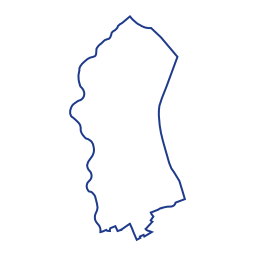 outline of Moerdijk, Noord-Brabant, Netherlands, rotated 91°
{"feature_id": "6326949B29665837615412", "entity_name": "Moerdijk", "entity_type": "district", "adm_level": 2, "iso_a3": "NLD", "parent_name": "Netherlands", "parent_adm1": "Noord-Brabant", "projection": "mercator", "projection_center": [4.556, 51.663], "detail": "fine", "context": "isolated", "style": "outline", "palette": "blue", "viewbox_px": 256, "rotation_deg": 91, "n_neighbors": 0, "source": "geoboundaries", "source_scale": "gbopen_adm2", "svg_char_len": 5569}
<svg xmlns="http://www.w3.org/2000/svg" viewBox="0 0 256 256"><g transform="rotate(91 128 128)"><path d="M192.7,71.6L180.1,75.7L171.9,80.9L167.5,84.0L162.3,86.2L150.2,89.9L140.2,92.9L132.2,95.0L124.5,96.4L114.6,97.4L109.6,97.4L105.3,97.0L97.8,94.7L85.5,90.1L56.0,79.8L36.8,96.6L27.7,106.6L27.7,108.0L27.7,109.5L27.5,110.9L27.3,112.3L26.9,113.6L26.4,114.9L25.8,116.2L25.1,117.4L24.5,118.6L23.8,119.9L23.0,121.1L20.3,124.3L19.4,125.3L18.4,126.3L17.4,127.1L16.4,128.0L23.2,135.8L24.4,137.9L24.7,138.2L25.1,138.5L25.4,138.9L25.7,139.4L26.0,139.6L26.5,139.9L27.2,140.1L28.1,140.5L28.5,140.8L28.9,141.2L29.4,141.6L29.7,142.0L30.5,142.8L30.7,143.1L30.8,143.3L31.3,144.2L31.8,144.8L32.4,145.4L33.0,145.9L33.4,146.1L34.5,146.3L35.2,146.4L35.5,146.6L37.6,147.3L38.4,147.9L38.5,148.0L38.8,148.3L38.9,148.5L39.0,148.6L39.2,148.8L39.4,149.7L40.4,152.4L40.8,153.0L41.7,154.0L42.2,154.4L42.4,154.7L43.1,155.3L43.5,155.7L43.7,156.0L44.0,156.2L44.4,156.8L45.3,157.9L46.1,158.7L46.6,159.1L47.1,159.5L47.7,159.9L48.1,160.2L48.6,160.5L49.5,160.9L50.1,160.9L50.6,161.0L51.1,161.0L51.8,161.0L53.1,161.1L54.2,161.1L55.0,161.3L55.5,161.5L55.8,161.6L56.2,161.8L56.6,162.2L56.9,162.6L57.2,163.3L57.8,165.1L57.9,165.6L57.9,165.8L58.2,166.7L58.4,167.2L58.5,167.5L58.8,168.0L59.3,168.9L60.0,170.0L62.4,172.7L63.2,173.6L63.8,174.2L64.1,174.4L64.7,175.1L65.0,175.3L65.5,175.6L66.3,176.2L66.7,176.5L67.3,176.8L68.3,177.3L68.8,177.5L69.2,177.5L70.4,177.7L70.8,177.6L71.8,177.7L73.3,178.0L75.1,178.3L76.1,178.4L77.0,178.4L77.4,178.4L78.9,178.3L80.4,178.2L82.1,177.9L83.0,177.7L83.6,177.5L85.3,177.0L86.2,176.7L86.7,176.6L87.1,176.3L87.5,176.1L87.8,175.8L88.3,175.3L89.0,174.6L89.6,174.1L90.1,173.8L91.1,173.2L91.3,173.2L91.9,172.9L92.5,172.7L93.1,172.5L93.5,172.4L94.2,172.3L94.7,172.3L95.1,172.3L95.6,172.4L96.2,172.5L96.7,172.6L97.4,172.8L98.2,173.3L98.6,173.5L99.3,174.0L99.8,174.6L100.2,174.9L100.6,175.5L100.8,176.0L101.1,176.4L101.3,177.1L101.6,177.9L102.0,178.7L102.1,178.8L102.5,179.4L104.7,182.4L105.2,183.0L106.0,183.7L106.6,184.2L107.0,184.4L107.5,184.7L108.3,185.1L109.0,185.3L110.1,185.7L111.0,185.9L111.6,186.1L114.0,186.1L114.6,186.0L114.9,186.0L115.4,185.8L115.6,185.7L115.9,185.5L116.9,185.2L117.2,185.0L117.4,184.8L117.6,184.6L117.8,184.4L117.9,184.1L118.1,183.8L118.4,183.4L119.0,182.6L119.5,182.0L119.9,181.6L120.6,180.7L122.1,179.1L123.3,177.8L123.7,177.5L124.3,177.0L124.8,176.6L125.5,176.2L125.8,176.1L126.3,175.8L127.1,175.6L127.7,175.5L128.5,175.3L130.4,175.3L131.2,175.2L131.7,175.1L132.7,174.8L133.4,174.5L134.4,174.0L135.2,173.5L135.5,173.2L135.9,173.0L136.6,172.4L137.2,171.8L137.4,171.7L138.0,171.2L138.8,170.3L139.1,170.0L139.2,169.8L139.3,169.7L139.5,168.7L139.8,167.8L140.0,167.4L140.6,166.4L141.4,165.3L141.7,164.8L142.3,164.3L142.6,164.0L143.3,163.6L143.9,163.2L144.4,162.9L145.1,162.7L145.7,162.5L145.8,162.4L146.2,162.3L147.0,162.2L148.8,161.8L149.4,161.7L150.5,161.6L151.4,161.7L152.0,161.7L153.0,161.9L153.8,162.1L154.5,162.3L155.0,162.5L155.4,162.7L156.0,162.9L156.7,163.3L157.3,163.7L159.9,165.5L160.1,165.6L160.5,165.9L161.6,166.6L162.2,167.0L162.8,167.3L163.3,167.5L164.8,167.9L165.2,168.0L165.4,168.1L165.8,168.2L166.1,168.2L166.5,168.2L166.9,168.1L168.3,167.7L168.7,167.6L169.1,167.4L169.9,167.0L170.3,166.8L171.0,166.2L171.7,165.5L172.3,165.0L173.2,164.4L174.2,164.0L175.3,163.7L176.4,163.6L177.3,163.6L178.2,163.8L179.2,164.1L179.9,164.5L180.9,165.2L181.5,165.8L181.9,166.2L182.3,166.5L182.9,167.1L183.6,167.5L184.1,167.7L184.5,167.9L184.8,168.0L185.4,168.1L185.7,168.2L186.7,168.3L187.3,168.3L187.9,168.2L189.4,167.8L189.7,167.6L190.3,167.3L190.7,167.0L191.0,166.9L191.5,166.5L191.7,166.3L192.1,165.9L192.2,165.4L192.5,163.9L192.6,163.6L193.0,163.0L193.1,162.8L193.5,162.4L193.8,162.1L194.0,161.9L195.1,160.9L195.6,160.5L196.1,160.2L196.8,159.8L197.3,159.6L198.0,159.4L199.8,158.9L202.0,158.3L204.7,157.6L205.6,157.5L207.0,157.2L207.9,157.1L208.4,157.1L208.9,157.2L209.7,157.3L210.0,157.3L210.6,157.5L211.3,157.7L211.8,157.9L214.2,158.9L214.7,159.1L215.5,159.3L216.3,159.5L216.9,159.5L217.4,159.6L217.9,159.6L218.4,159.5L218.9,159.5L219.5,159.4L220.0,159.3L220.9,159.0L221.5,158.7L222.2,158.3L223.0,157.8L224.0,157.0L225.1,156.0L225.7,155.5L226.1,155.2L226.8,154.8L227.5,154.5L228.2,154.2L229.1,153.9L230.0,153.8L231.5,153.7L232.1,153.8L232.6,153.8L232.6,153.7L231.8,151.3L230.9,149.4L230.6,148.7L230.5,148.4L230.3,148.0L231.1,147.1L231.2,146.3L231.3,144.3L230.8,144.4L230.5,144.4L229.9,144.3L229.6,144.3L229.1,144.1L228.5,143.9L227.6,141.9L227.5,141.7L227.5,141.4L226.9,140.2L226.4,138.9L230.0,137.2L231.2,136.6L230.0,133.1L230.0,132.9L229.9,132.9L229.6,132.8L229.6,132.7L227.3,129.5L227.0,129.1L226.8,128.8L226.7,128.7L224.0,124.9L223.7,124.5L223.7,124.4L228.2,122.3L229.8,121.6L230.9,121.2L232.3,120.6L233.4,120.1L235.0,119.4L236.1,118.9L237.7,118.2L239.6,117.3L237.6,113.7L236.3,114.2L234.6,110.5L236.2,109.8L235.5,108.6L234.1,106.4L231.6,102.4L230.9,104.4L230.1,106.9L230.0,107.0L229.5,107.9L228.7,108.6L228.5,108.3L228.2,108.1L224.4,104.8L224.4,104.7L222.6,103.2L222.1,102.8L221.3,102.0L221.1,102.4L220.0,103.7L216.1,101.1L213.7,103.0L212.3,103.6L212.1,103.7L211.9,103.1L211.2,101.4L209.4,97.1L209.0,96.2L208.4,95.4L208.3,95.1L208.1,94.9L208.0,94.7L207.9,94.5L207.3,93.0L207.5,92.9L207.1,91.9L206.8,91.0L206.4,89.2L206.0,87.4L205.9,85.7L205.8,83.7L205.7,83.5L205.7,83.2L205.7,82.9L205.6,82.6L205.4,82.1L205.2,81.7L204.7,80.9L204.5,80.7L204.4,80.5L204.0,80.2L203.6,79.9L203.4,79.7L203.0,79.6L202.4,79.3L201.8,79.2L201.4,78.2L201.1,77.6L201.0,77.2L199.9,74.4L198.1,69.9L197.8,70.0L192.7,71.6Z" fill="none" stroke="#1e3a8a" stroke-width="2"/></g></svg>